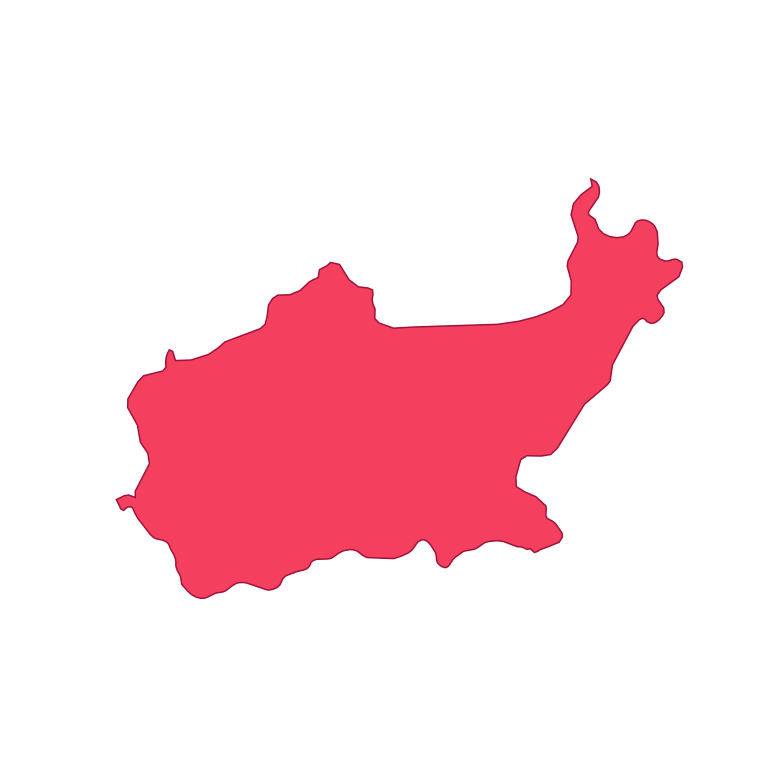 Salerno, Albers equal-area conic projection, rotated 113°
{"feature_id": "ITA-5400", "entity_name": "Salerno", "entity_type": "Province", "adm_level": 1, "iso_a3": "ITA", "parent_name": "Italy", "parent_adm1": "", "projection": "albers", "projection_center": [15.247, 40.421], "detail": "fine", "context": "isolated", "style": "filled", "palette": "rose", "viewbox_px": 768, "rotation_deg": 113, "n_neighbors": 0, "source": "natural_earth", "source_scale": "10m", "svg_char_len": 3483}
<svg xmlns="http://www.w3.org/2000/svg" viewBox="0 0 768 768"><g transform="rotate(113 384 384)"><path d="M595.0,585.2L588.3,579.4L585.9,575.6L585.7,568.6L580.0,571.1L549.0,568.8L540.1,574.2L532.8,585.5L518.2,594.9L505.8,610.8L497.8,613.9L477.6,611.3L470.3,608.5L458.4,592.6L453.6,591.3L449.7,593.3L445.5,594.7L441.1,595.3L436.5,595.0L436.5,591.3L443.9,585.1L437.4,571.1L425.3,557.0L415.3,550.6L407.3,546.8L381.5,519.6L375.6,516.8L368.7,517.7L356.3,521.2L348.7,519.9L343.7,516.5L338.7,505.6L330.7,497.7L319.5,492.8L315.6,489.9L311.8,486.2L304.0,488.1L297.5,482.7L293.0,480.7L291.3,471.6L301.6,457.1L304.6,445.6L301.9,436.3L301.9,431.3L305.9,429.1L310.7,428.0L315.0,425.2L318.5,421.5L327.3,418.1L329.8,412.5L328.9,397.1L319.9,378.8L284.6,302.6L273.5,284.3L262.9,270.5L252.5,259.6L241.3,250.4L229.1,246.7L216.0,251.9L203.9,261.4L198.8,262.7L177.5,261.2L172.4,262.9L155.2,277.9L144.1,280.0L132.8,276.6L120.7,269.6L114.5,273.8L115.1,267.4L118.5,263.0L123.3,260.6L128.1,259.6L144.1,262.9L146.5,262.7L148.3,261.3L150.0,254.0L157.4,247.0L159.9,240.8L160.1,233.8L158.4,227.0L155.2,221.4L152.7,219.0L150.0,217.3L147.0,216.3L137.3,215.6L134.4,214.0L132.1,210.5L131.0,206.9L130.9,203.1L131.6,199.4L133.2,196.2L137.2,191.9L148.3,186.3L155.8,184.5L159.2,182.7L161.2,179.3L161.0,173.4L159.8,170.8L156.0,166.2L154.8,163.3L155.5,157.4L159.7,154.9L170.1,154.5L189.1,165.9L195.4,167.3L199.0,165.1L204.6,156.3L208.9,154.1L212.6,154.4L217.3,155.8L221.5,158.3L223.9,161.9L223.8,166.3L222.6,169.2L222.3,171.6L225.2,174.2L233.6,177.4L277.0,181.2L292.8,177.0L297.3,178.1L324.4,191.6L375.6,199.4L383.8,203.0L388.9,211.2L394.2,224.5L400.3,228.6L418.0,226.3L426.8,222.1L428.3,212.5L428.4,200.1L432.9,187.5L434.7,186.2L441.9,183.6L443.9,181.4L444.6,174.4L445.7,171.2L451.6,161.9L455.1,160.0L461.2,160.9L470.2,169.9L475.8,175.9L477.7,176.9L479.4,178.6L480.3,179.8L479.6,182.0L478.9,183.5L478.6,185.1L479.8,186.8L480.4,188.5L480.2,190.8L480.2,193.8L481.7,197.9L482.3,212.3L483.0,215.3L484.2,218.9L487.3,224.9L489.4,227.8L491.3,229.7L497.7,233.7L500.4,235.9L501.5,237.3L506.2,244.5L507.3,245.7L516.7,251.3L518.8,252.0L525.6,253.2L527.4,254.0L528.7,255.1L529.4,257.0L529.5,259.5L528.6,263.1L527.5,265.1L526.0,266.4L521.4,269.0L519.9,270.0L518.7,271.3L513.9,278.2L512.7,280.7L512.2,282.3L511.8,284.1L511.7,285.3L512.1,287.1L513.2,288.9L515.9,290.9L518.4,291.7L523.2,292.6L527.1,293.9L530.2,295.8L535.5,300.7L540.1,305.8L541.1,307.3L550.2,331.2L550.4,333.7L549.9,337.5L548.6,341.8L548.4,343.3L548.3,345.2L548.7,347.7L549.5,350.2L551.8,353.9L553.3,355.9L554.9,357.6L557.7,359.8L562.5,362.7L565.3,364.8L566.9,367.2L571.8,377.7L574.4,380.3L576.7,381.5L578.7,381.3L580.9,381.5L582.7,382.1L584.4,383.0L586.8,385.5L590.9,391.1L598.1,398.6L599.5,399.7L601.2,400.5L603.1,401.1L609.4,401.3L611.2,401.9L612.8,402.7L614.2,403.8L616.6,406.4L618.6,409.2L619.3,412.1L620.8,432.3L621.7,436.0L623.2,439.2L624.0,440.6L625.2,442.0L628.1,444.3L636.1,448.9L637.4,450.1L638.6,451.4L641.3,455.8L642.4,457.2L643.6,458.5L649.0,463.0L651.4,465.7L652.2,467.4L652.9,469.4L653.4,472.3L653.5,474.8L653.3,477.1L653.0,479.0L651.3,483.9L647.4,492.0L642.3,495.0L639.9,496.9L636.8,501.0L634.7,503.0L632.8,504.5L629.5,505.9L626.4,507.7L625.1,508.8L623.5,510.5L619.2,516.0L615.9,519.4L614.8,521.1L614.2,523.2L614.3,526.9L615.5,533.6L615.4,535.8L613.9,540.2L603.9,558.1L600.2,562.8L596.2,567.0L596.0,568.6L596.9,571.3L598.3,572.5L599.4,573.3L601.0,573.7L602.2,574.4L601.7,577.6L595.0,585.2Z" fill="#f43f5e" stroke="#9f1239" stroke-width="1.5"/></g></svg>